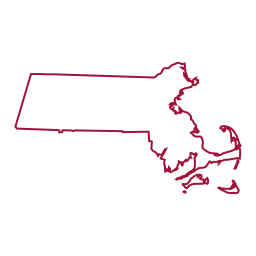 an SVG outline of Massachusetts
{"feature_id": "USA-3513", "entity_name": "Massachusetts", "entity_type": "State", "adm_level": 1, "iso_a3": "USA", "parent_name": "United States of America", "parent_adm1": "", "projection": "natural_earth1", "projection_center": [-70.926, 42.063], "detail": "fine", "context": "isolated", "style": "outline", "palette": "rose", "viewbox_px": 256, "rotation_deg": 0, "n_neighbors": 0, "source": "natural_earth", "source_scale": "10m", "svg_char_len": 6022}
<svg xmlns="http://www.w3.org/2000/svg" viewBox="0 0 256 256"><path d="M160.7,158.5L161.0,157.8L164.4,152.3L166.0,149.0L165.0,149.4L164.3,150.4L162.3,154.0L161.9,154.6L161.3,154.9L159.0,154.2L158.7,154.6L158.0,155.9L156.1,152.7L154.9,151.8L153.6,151.3L152.6,150.5L151.9,149.6L151.5,149.0L151.4,148.5L151.7,145.4L151.6,144.2L151.9,142.5L151.7,141.6L151.5,141.3L151.0,141.2L149.8,141.3L149.3,141.2L149.1,140.7L148.6,131.7L122.6,132.1L122.6,131.2L75.0,130.4L73.9,131.0L73.4,131.0L71.1,130.4L62.5,130.3L62.1,132.1L59.4,132.4L59.3,130.3L55.9,130.0L17.0,128.6L15.4,126.7L31.0,74.0L41.5,74.1L47.6,74.3L53.3,74.3L153.8,77.5L154.9,77.2L155.8,76.5L157.6,74.7L158.1,74.4L160.7,73.4L161.3,72.8L162.2,70.7L162.7,69.9L163.5,68.9L164.2,68.4L165.3,68.1L167.8,68.3L168.4,68.1L169.2,67.6L170.6,66.1L171.6,65.3L177.7,62.8L178.2,62.8L179.0,62.9L181.1,63.8L182.4,64.1L184.6,63.5L184.6,64.1L185.1,66.9L184.9,67.6L184.4,67.8L181.5,67.6L182.2,68.3L182.8,68.7L184.1,69.3L184.9,69.3L185.2,69.6L185.5,70.2L185.2,71.2L187.1,76.3L186.6,76.9L184.7,74.2L184.0,73.6L184.3,76.1L185.6,77.4L189.2,79.0L188.2,79.5L187.1,79.5L188.2,80.9L191.7,81.2L191.8,82.3L192.9,82.9L193.2,82.2L193.1,80.1L193.6,79.4L194.4,78.8L196.1,78.0L195.9,79.1L196.2,79.8L196.7,80.0L197.6,80.1L198.2,80.3L197.9,81.6L198.2,82.3L198.2,82.7L197.3,82.7L196.9,83.2L196.6,83.8L196.1,84.5L195.1,85.1L193.9,84.9L193.7,84.5L193.4,84.5L192.6,84.9L191.2,86.9L184.9,88.4L181.7,89.7L180.6,90.4L181.1,90.9L180.2,91.8L179.8,93.1L180.6,92.7L182.1,91.5L182.4,92.3L183.0,93.0L183.1,93.4L182.1,93.8L179.8,95.8L178.3,95.8L177.9,96.1L177.7,97.1L178.2,97.9L179.8,99.0L178.2,99.5L176.5,97.6L175.3,98.2L174.6,99.3L174.6,100.0L175.1,101.2L175.5,103.7L176.0,104.5L175.0,104.4L174.0,103.1L173.2,102.8L172.5,103.0L172.6,103.6L173.1,104.1L173.8,104.5L172.6,104.7L170.7,103.5L169.9,104.5L171.2,104.9L171.7,105.4L172.1,106.1L171.1,106.2L170.3,106.7L170.0,107.5L170.6,108.6L171.3,109.1L171.9,109.2L173.4,108.3L173.0,110.5L174.0,110.8L175.3,110.8L176.0,111.8L175.8,112.2L175.1,112.8L175.1,113.2L175.8,113.7L176.1,113.7L176.3,113.4L176.7,113.5L177.6,113.1L179.3,112.0L180.1,113.1L180.8,112.8L181.3,112.0L181.3,111.5L180.5,111.0L179.8,109.9L179.3,108.7L179.3,107.7L182.0,110.5L183.6,111.6L186.6,112.4L188.0,113.2L189.2,114.3L190.8,116.2L191.0,116.7L191.0,119.3L191.3,119.3L192.1,120.0L193.2,121.5L194.8,124.3L196.2,125.6L195.8,127.0L196.4,128.2L198.3,131.1L198.7,131.6L198.3,132.1L197.7,132.6L197.0,132.7L196.4,132.5L195.7,132.1L197.0,131.6L196.3,129.4L195.7,128.3L195.1,127.8L194.6,128.3L194.0,132.1L192.9,131.7L192.4,131.8L190.9,132.7L194.7,136.3L197.8,136.7L200.3,136.5L201.6,137.6L202.6,140.3L202.9,143.3L202.4,145.5L202.4,147.5L204.2,149.6L208.3,152.2L210.7,153.1L218.6,153.8L217.7,154.2L215.4,154.2L214.6,154.6L214.8,155.2L216.1,155.5L218.6,155.5L220.6,154.8L223.9,153.0L231.5,150.9L234.6,149.5L235.9,147.5L235.7,145.1L235.8,142.3L234.5,140.3L235.2,140.3L236.7,139.8L236.7,139.2L235.5,139.0L234.1,137.8L233.5,137.5L232.6,138.1L232.3,140.5L231.6,141.4L230.8,133.3L230.6,131.9L229.6,130.0L227.2,128.4L225.4,127.9L223.9,129.0L223.8,129.9L225.1,129.9L225.1,130.7L223.9,131.5L223.1,130.9L221.3,128.4L220.3,128.1L220.5,127.5L221.0,126.9L221.4,126.5L222.3,126.2L223.7,126.1L226.6,126.5L228.4,127.1L230.7,128.3L232.6,129.8L235.0,133.0L237.0,136.6L239.5,144.2L240.6,145.7L240.2,146.2L239.7,146.2L238.8,145.5L238.2,145.3L237.7,145.7L237.4,147.9L237.2,149.0L238.6,148.1L239.6,148.3L240.1,149.3L240.2,153.4L239.8,158.7L237.3,158.1L227.3,159.8L224.3,159.8L222.3,160.8L220.8,161.2L220.3,161.8L219.3,163.3L218.8,163.8L218.9,162.9L219.5,160.9L218.6,161.1L216.9,161.9L215.9,162.0L213.8,161.8L212.9,162.0L212.0,162.8L211.3,163.1L210.4,161.6L209.6,161.4L209.0,162.1L207.0,165.3L205.7,166.7L204.2,167.5L202.4,167.8L200.3,167.9L198.4,168.3L194.5,170.8L192.8,170.1L194.3,168.5L194.9,166.3L194.9,160.3L194.6,159.0L194.5,157.9L194.9,157.2L195.6,156.5L196.1,155.8L195.8,154.9L196.7,154.4L196.2,153.5L195.6,153.4L195.1,154.0L194.9,154.9L194.5,154.9L192.5,153.5L191.2,152.9L190.6,153.0L190.4,155.6L190.5,156.6L191.0,157.7L189.4,157.5L188.8,158.3L188.3,159.6L187.2,160.9L186.4,159.8L185.7,159.9L185.2,160.6L185.2,161.2L184.2,161.8L183.0,162.3L182.4,162.3L182.8,164.3L182.7,165.2L182.0,165.3L181.6,164.8L180.9,162.8L178.9,161.4L178.8,163.4L177.9,164.7L177.3,166.2L177.7,168.5L176.3,169.6L175.5,170.1L174.6,170.1L174.8,169.5L172.0,171.6L170.4,172.0L168.6,171.2L169.8,170.6L170.2,169.6L169.9,168.4L169.0,167.4L169.0,169.1L168.3,169.5L166.0,169.1L166.8,170.7L165.3,171.5L164.7,165.0L164.0,164.1L164.7,159.8L160.7,158.5ZM199.7,178.3L200.5,179.0L201.4,179.3L203.4,179.4L204.0,183.4L202.9,183.7L194.0,183.9L192.1,184.3L190.4,185.0L188.9,185.9L187.1,188.0L186.4,188.1L185.3,187.4L183.4,185.2L182.7,184.7L182.7,184.1L186.7,184.1L188.4,182.6L189.2,181.7L190.9,178.8L192.5,177.8L194.4,176.0L197.9,174.6L198.6,174.8L197.9,176.6L198.9,176.2L200.0,174.6L201.0,175.0L201.6,176.2L201.6,176.9L200.9,177.6L199.7,178.3ZM232.6,181.0L232.7,180.7L233.5,180.9L234.2,181.6L235.7,185.0L237.6,188.2L238.7,190.3L238.1,192.4L236.0,193.2L233.3,192.9L229.9,193.0L227.4,192.6L219.9,189.0L218.5,187.8L218.9,187.5L219.9,187.7L220.9,188.3L225.9,188.9L228.2,188.7L229.3,188.8L229.9,189.1L230.4,189.2L230.9,189.0L231.5,188.3L233.1,187.8L234.1,187.0L234.8,185.9L235.1,184.8L234.0,185.3L232.2,187.1L231.2,187.5L233.2,184.3L233.7,182.6L232.6,181.0ZM186.7,174.2L191.2,171.0L192.2,171.2L193.2,171.7L188.2,174.5L188.2,175.0L187.6,175.7L186.1,176.6L183.5,177.1L183.1,176.5L183.8,175.9L184.7,176.1L186.7,174.2ZM204.5,181.0L205.3,180.2L206.3,178.8L207.3,178.1L207.9,179.4L208.0,181.9L207.9,183.0L207.5,183.7L206.7,183.6L205.7,182.9L204.8,181.9L204.5,181.0ZM237.6,160.4L238.1,160.5L238.4,160.9L238.5,162.0L237.5,163.6L235.8,168.3L234.6,168.5L237.2,162.4L237.6,160.4ZM181.1,177.4L181.8,176.6L182.5,177.7L182.1,178.1L180.8,178.7L178.9,178.7L177.5,179.0L176.8,179.6L176.2,179.3L176.7,178.8L177.6,178.2L178.5,178.1L179.4,177.6L181.1,177.4ZM183.7,191.5L184.2,191.5L184.7,191.3L185.5,191.8L185.5,192.5L184.1,192.3L183.5,191.8L183.7,191.5Z" fill="none" stroke="#9f1239" stroke-width="2"/></svg>